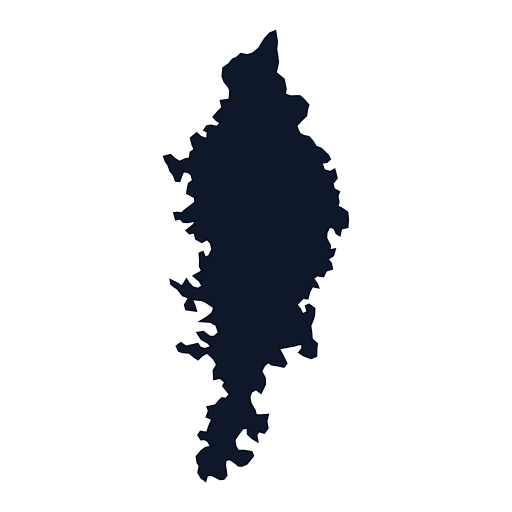 outline of Virmond, Paraná, Brazil
{"feature_id": "56859067B61637910549473", "entity_name": "Virmond", "entity_type": "district", "adm_level": 2, "iso_a3": "BRA", "parent_name": "Brazil", "parent_adm1": "Paraná", "projection": "albers", "projection_center": [-52.245, -25.42], "detail": "fine", "context": "isolated", "style": "filled", "palette": "ink", "viewbox_px": 512, "rotation_deg": 0, "n_neighbors": 0, "source": "geoboundaries", "source_scale": "gbopen_adm2", "svg_char_len": 3786}
<svg xmlns="http://www.w3.org/2000/svg" viewBox="0 0 512 512"><path d="M312.0,338.9L311.6,332.9L310.6,325.7L312.8,320.5L314.4,315.6L314.7,308.4L309.1,304.3L305.5,305.9L307.2,311.8L302.7,314.0L300.1,308.7L296.9,305.0L300.5,300.8L303.3,298.1L307.8,298.8L309.5,292.0L312.4,286.5L318.7,287.8L317.1,283.6L313.4,278.6L316.9,275.7L323.5,276.6L326.3,270.8L332.4,269.0L331.2,263.2L327.8,259.2L333.4,255.6L335.3,248.9L329.8,250.0L330.4,245.5L328.2,241.7L326.4,237.7L326.8,232.5L329.8,226.9L334.1,228.4L336.3,233.4L339.9,235.7L341.4,228.7L347.8,227.3L348.3,219.4L347.5,212.1L341.6,208.1L337.7,206.1L338.9,202.1L337.7,196.0L339.4,191.8L334.1,188.8L332.8,183.5L337.1,178.1L334.7,169.2L330.5,171.6L324.4,170.1L321.7,163.1L327.0,162.2L330.3,159.1L328.3,155.3L325.4,152.4L321.0,148.3L316.1,146.5L312.8,141.1L308.9,136.7L303.5,135.6L299.9,133.5L298.1,129.9L296.7,125.7L301.2,120.8L306.4,115.8L307.4,109.2L308.7,104.9L304.2,99.7L300.0,95.9L295.3,95.9L291.0,96.2L285.2,94.3L286.0,89.0L284.0,79.1L276.0,72.6L277.4,66.8L278.3,62.0L277.3,53.8L276.5,49.3L277.3,41.7L275.5,30.7L269.6,33.2L264.7,38.6L261.1,44.2L258.8,48.3L252.4,53.3L247.1,54.9L240.8,53.6L236.3,57.7L232.6,59.2L228.7,63.9L223.0,67.9L222.2,76.3L224.2,81.8L228.5,87.0L230.0,90.7L229.3,99.3L220.4,100.6L222.0,107.5L217.2,112.3L213.2,117.0L216.5,120.6L220.4,122.8L216.9,126.6L211.1,125.3L206.9,125.9L203.8,130.2L207.4,131.9L206.9,138.7L200.9,136.7L196.7,132.9L190.5,138.0L192.1,144.5L194.3,149.4L190.3,152.2L189.6,158.2L185.8,158.8L179.3,161.5L174.5,158.4L170.6,154.6L163.7,156.4L165.5,161.5L168.2,165.4L170.0,170.7L173.8,175.9L175.6,181.0L179.7,181.4L181.6,175.7L183.4,171.6L188.0,172.3L191.3,174.9L192.7,180.5L188.7,183.4L187.6,187.8L186.8,193.4L194.7,197.6L195.0,202.3L185.0,209.9L181.6,213.1L177.5,212.4L173.8,212.8L175.7,219.8L180.2,218.8L183.2,222.2L187.9,222.4L195.7,220.8L192.9,225.1L186.1,230.5L189.5,233.7L194.3,232.7L195.8,239.0L201.8,242.4L207.1,239.4L210.5,243.0L212.1,249.3L208.7,256.0L205.1,257.4L203.0,251.6L199.2,253.3L199.8,260.7L199.6,266.3L201.8,271.0L193.2,275.9L199.4,281.1L202.2,286.0L198.1,288.5L192.7,287.0L188.9,282.9L186.5,278.9L182.0,286.3L176.9,282.9L170.2,279.6L171.0,284.3L174.0,286.7L177.5,289.0L182.6,295.6L188.7,297.9L184.6,304.9L185.9,309.6L196.4,311.1L195.0,306.2L192.3,299.5L202.0,300.4L207.1,303.0L213.9,307.7L211.9,313.1L207.3,316.9L199.8,321.4L210.4,322.1L216.0,325.2L218.6,332.6L213.7,336.6L209.7,336.4L203.4,331.6L197.0,332.6L201.4,339.5L207.8,342.9L211.2,346.7L204.7,348.7L200.4,347.4L197.8,343.6L186.0,346.3L180.8,342.7L176.3,346.1L178.8,351.2L182.9,352.5L189.1,353.0L193.5,356.6L198.0,359.7L201.9,355.9L207.1,352.9L213.5,358.8L216.8,364.8L213.4,370.2L213.8,379.5L220.0,378.1L224.9,382.2L222.8,385.9L229.5,394.4L225.6,398.7L222.0,397.8L219.0,400.7L215.4,405.1L207.1,406.8L208.6,411.0L206.3,417.0L212.0,419.2L208.9,426.1L206.9,432.4L200.4,431.4L198.0,435.1L200.9,439.7L204.7,439.4L207.9,441.4L210.7,446.6L205.7,447.5L201.3,450.6L196.4,456.4L197.2,462.5L199.4,466.0L198.0,472.6L200.9,477.7L205.7,481.3L207.2,475.5L212.1,475.4L220.1,479.5L223.9,479.1L226.8,475.3L225.3,465.4L225.7,460.5L229.7,459.3L235.3,463.1L238.3,465.8L242.0,466.1L247.1,463.8L253.5,455.8L251.7,451.7L243.4,450.4L238.2,450.7L235.6,445.9L234.8,439.8L238.2,434.7L242.8,428.7L247.5,428.0L247.5,434.1L252.3,438.5L257.8,441.8L256.6,434.7L259.0,431.5L264.3,433.1L267.9,428.2L266.7,421.2L268.3,414.5L261.9,415.0L256.2,415.0L254.8,409.9L250.9,403.4L249.7,397.3L251.6,391.9L256.0,389.5L261.0,393.3L263.5,388.2L265.3,384.3L265.1,377.9L261.5,371.3L264.5,365.5L268.1,362.4L271.7,364.8L278.3,365.8L283.9,367.1L286.8,363.5L283.1,355.9L279.3,348.7L286.7,347.2L294.0,346.0L297.9,344.7L301.9,344.3L302.1,348.5L298.8,352.5L303.5,355.6L311.0,358.5L316.5,356.2L316.7,348.2L317.2,343.6L312.0,338.9Z" fill="#0f172a" stroke="#020617" stroke-width="1.5"/></svg>